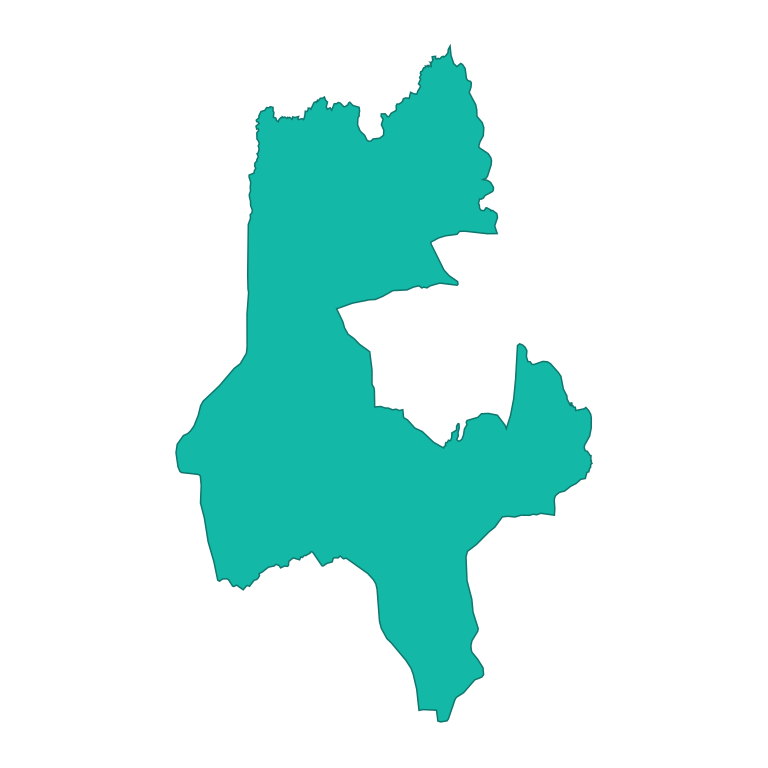 Lindi, Lindi, United Republic of Tanzania
{"feature_id": "72390352B7713188541433", "entity_name": "Lindi", "entity_type": "district", "adm_level": 2, "iso_a3": "TZA", "parent_name": "United Republic of Tanzania", "parent_adm1": "Lindi", "projection": "equal_earth", "projection_center": [39.517, -10.037], "detail": "fine", "context": "isolated", "style": "filled", "palette": "teal", "viewbox_px": 768, "rotation_deg": 0, "n_neighbors": 0, "source": "geoboundaries", "source_scale": "gbopen_adm2", "svg_char_len": 6074}
<svg xmlns="http://www.w3.org/2000/svg" viewBox="0 0 768 768"><path d="M249.1,175.1L249.1,177.2L250.7,182.2L250.2,187.9L250.6,190.9L249.3,194.5L249.4,196.7L250.5,201.0L250.6,205.6L252.3,210.0L251.9,212.9L250.2,214.7L250.5,218.4L248.3,224.4L247.7,275.0L248.0,288.9L248.6,292.6L247.0,314.2L247.1,346.9L246.4,353.3L240.3,363.7L234.2,368.4L219.3,385.9L203.1,401.2L200.6,405.8L198.3,415.2L194.1,425.8L190.6,430.9L187.7,433.6L183.4,435.6L177.2,444.3L176.0,452.7L178.0,466.8L179.9,471.3L181.4,472.5L198.1,474.4L199.9,475.3L200.4,476.6L201.2,485.5L200.5,503.0L204.3,517.7L208.2,542.0L213.9,561.7L217.7,580.1L219.5,581.2L222.6,579.0L226.9,578.8L228.5,579.7L232.6,586.1L233.9,586.5L236.6,585.1L243.2,589.8L246.3,586.1L247.6,585.5L249.5,586.3L254.1,580.3L256.7,579.5L258.1,578.1L259.5,575.7L259.1,573.5L261.9,572.3L268.4,567.2L274.4,565.9L275.8,564.3L279.2,565.6L280.6,567.9L284.7,566.0L287.2,566.4L288.4,565.6L288.8,561.4L293.2,557.9L299.6,559.8L300.9,556.8L302.4,557.5L304.3,555.4L305.7,555.6L310.1,553.1L310.9,551.6L312.8,552.3L321.9,565.7L323.0,566.0L327.1,563.3L332.2,561.9L333.2,558.6L334.4,557.7L338.1,557.9L340.2,556.0L343.4,558.8L346.3,558.2L367.8,573.5L373.6,579.9L375.9,584.0L377.1,589.4L379.5,621.3L381.3,628.3L386.9,638.6L391.5,643.1L405.9,660.3L411.1,668.4L413.2,674.2L416.7,689.2L419.0,710.4L423.1,709.6L436.5,710.2L437.9,721.1L440.7,721.9L447.1,720.8L448.5,718.6L454.9,699.8L456.4,697.3L463.6,692.7L474.7,679.9L481.9,677.0L483.6,674.6L483.0,667.8L477.7,659.3L471.9,652.2L471.3,650.0L470.9,645.8L471.9,640.8L477.7,631.3L478.2,628.6L473.0,612.0L471.8,599.2L467.0,580.6L466.0,556.9L467.4,551.4L476.5,544.4L489.1,531.7L494.8,527.2L502.3,516.9L508.0,516.3L515.0,517.0L521.0,515.2L529.6,515.3L533.2,514.2L536.6,514.8L540.6,513.3L554.4,515.2L554.8,508.7L554.3,500.9L554.5,498.2L555.6,495.5L559.4,492.4L564.7,491.0L570.5,486.4L576.2,483.4L580.8,479.3L585.3,478.5L586.9,472.4L588.8,471.8L589.6,468.5L590.6,467.3L590.7,464.5L592.0,463.4L590.9,461.4L591.4,460.5L590.8,459.8L591.0,455.6L590.0,455.4L587.4,451.4L585.2,450.7L584.2,447.6L584.6,445.1L589.6,436.2L591.2,428.2L591.3,418.0L590.7,414.3L588.6,410.5L585.9,407.5L584.1,408.8L575.8,410.5L575.3,407.2L573.6,407.2L573.2,406.0L572.3,406.0L571.7,402.9L570.6,403.1L570.9,405.5L570.3,405.5L567.1,399.0L566.9,395.9L563.4,389.2L560.9,376.3L558.3,372.5L550.4,363.6L547.4,361.8L542.9,361.4L534.0,364.5L532.0,364.4L530.2,361.8L527.8,361.5L526.4,356.4L526.9,350.8L525.2,347.4L522.9,345.2L519.7,343.8L517.5,345.5L515.6,379.0L513.7,398.8L510.5,415.5L506.3,428.7L505.0,425.2L497.4,415.2L488.4,413.4L481.4,413.8L477.9,417.3L467.1,420.5L466.2,422.4L467.0,424.6L464.4,429.1L463.5,435.1L461.8,439.4L459.3,441.2L457.8,440.8L456.7,439.4L458.3,436.0L458.0,432.8L459.2,428.1L459.0,423.9L458.1,423.6L456.6,426.0L456.5,430.1L451.9,432.9L451.7,437.4L450.5,440.7L448.4,440.2L447.4,442.5L446.0,442.5L445.3,444.1L445.8,445.6L444.2,446.4L443.6,448.0L433.7,442.4L422.2,431.5L414.9,428.1L407.4,419.8L403.6,417.6L402.8,409.7L399.3,410.5L396.1,409.2L392.4,409.8L388.6,408.1L385.1,408.0L380.7,406.5L374.7,407.0L374.4,390.5L373.8,387.3L372.3,385.2L372.0,383.2L372.0,369.8L369.7,351.7L359.6,344.4L354.1,338.7L348.1,334.3L344.5,327.8L342.9,321.9L336.6,308.8L352.3,303.2L369.2,299.8L375.2,299.5L382.8,296.3L392.9,290.6L407.1,289.9L413.4,287.1L419.0,285.8L421.9,288.0L423.6,287.1L427.0,287.9L430.2,285.8L439.8,283.1L457.1,285.2L458.0,284.2L457.6,281.6L449.1,275.7L444.0,270.1L431.1,244.1L430.9,242.1L438.7,237.9L445.6,235.8L457.0,234.3L459.5,231.4L465.0,231.2L487.3,233.7L497.2,233.6L494.7,225.9L497.5,217.6L496.8,213.6L492.8,210.6L491.5,210.4L490.2,211.3L491.5,210.4L486.8,207.8L485.8,207.9L484.3,210.6L481.1,210.4L479.6,208.4L479.3,204.8L478.5,203.9L479.5,199.0L481.2,199.2L483.5,198.0L484.9,195.6L492.5,191.5L493.3,190.1L493.5,187.5L490.8,182.7L489.5,181.6L487.2,180.3L483.0,179.6L486.2,178.1L487.6,175.9L491.1,165.0L491.5,160.6L490.8,157.7L488.2,153.7L479.0,147.5L478.9,145.6L480.0,141.8L483.3,135.7L483.8,127.7L482.2,122.6L476.9,116.3L476.8,110.3L475.7,104.7L469.2,92.5L471.0,87.2L471.3,82.8L470.5,81.4L467.9,80.6L466.5,78.6L465.1,68.4L462.5,64.5L460.7,63.4L456.9,66.6L453.7,63.6L451.0,55.3L450.1,46.1L448.3,49.4L447.9,53.0L445.5,56.0L443.8,57.0L443.2,56.3L441.9,56.7L439.8,58.8L437.7,58.4L436.6,59.2L435.6,58.6L435.6,56.3L432.2,56.7L432.5,59.0L433.2,59.5L431.5,62.6L430.4,62.4L431.2,63.2L430.3,64.1L431.4,65.4L431.2,66.6L428.5,65.5L427.7,65.5L428.1,66.6L425.3,66.0L425.5,67.5L423.6,67.9L422.1,71.2L420.8,71.6L420.3,73.5L421.2,74.5L419.6,77.6L420.6,79.2L418.5,84.0L419.9,85.0L420.5,86.7L417.8,91.1L416.9,94.0L414.0,93.9L410.6,92.3L409.2,98.3L405.7,97.9L403.4,98.7L402.5,101.3L401.3,102.6L399.0,104.0L397.0,104.0L396.1,106.0L396.4,109.5L395.9,110.6L391.2,113.2L389.1,116.5L387.6,116.7L385.2,113.8L381.3,113.9L381.1,116.4L383.1,119.1L381.4,124.7L383.8,130.2L383.5,135.3L379.7,138.2L373.0,139.0L371.1,141.0L368.9,141.3L366.9,140.1L364.7,135.4L360.1,131.0L357.6,124.9L357.9,117.8L359.3,115.8L359.0,114.2L359.6,111.0L359.1,107.3L352.9,105.5L349.8,102.2L348.5,103.1L347.9,104.8L344.8,106.8L343.8,106.7L340.3,103.1L338.1,102.5L336.7,103.7L334.3,103.7L331.7,110.2L330.1,107.8L327.2,109.3L326.3,106.5L327.5,102.0L325.6,100.3L324.4,97.0L322.1,98.4L320.4,98.2L318.0,101.1L317.4,100.3L316.5,102.3L315.9,101.8L314.0,102.5L310.9,109.2L309.9,108.2L308.2,108.1L308.2,109.6L306.8,111.7L305.3,111.2L304.8,115.9L303.6,119.7L302.0,118.7L298.3,119.6L297.8,119.0L298.6,116.5L295.0,117.5L292.7,116.9L292.1,119.3L289.6,117.3L288.4,117.9L287.8,117.3L286.9,118.4L284.8,117.0L283.2,117.5L282.2,116.7L281.9,117.8L280.7,117.7L278.6,120.3L278.3,121.7L276.6,120.6L275.8,118.0L273.4,117.2L273.9,112.3L273.1,111.2L273.0,107.4L270.1,106.7L269.1,107.8L266.7,107.5L264.8,110.4L261.0,111.5L258.9,115.8L258.9,118.0L256.3,120.1L256.6,121.6L258.3,122.1L259.1,123.4L256.0,126.1L256.7,129.1L258.0,128.6L258.5,129.5L258.5,130.6L256.8,132.9L257.0,139.2L258.2,140.5L259.3,143.5L258.2,146.0L259.1,148.6L258.8,150.5L258.1,153.0L257.0,153.7L258.3,156.6L256.7,160.0L256.9,160.9L254.9,163.1L254.7,166.2L255.8,168.2L254.3,170.8L254.1,173.0L249.1,175.1Z" fill="#14b8a6" stroke="#0f766e" stroke-width="1.5"/></svg>